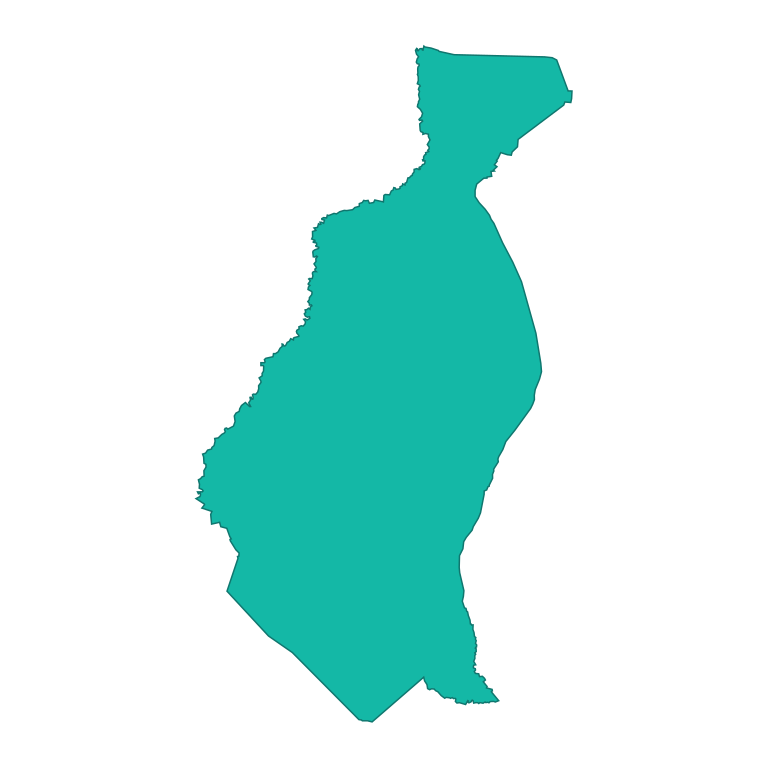 Chuen Chom, Maha Sarakham, Thailand
{"feature_id": "78962969B88411393036982", "entity_name": "Chuen Chom", "entity_type": "district", "adm_level": 2, "iso_a3": "THA", "parent_name": "Thailand", "parent_adm1": "Maha Sarakham", "projection": "albers", "projection_center": [103.14, 16.548], "detail": "fine", "context": "isolated", "style": "filled", "palette": "teal", "viewbox_px": 768, "rotation_deg": 0, "n_neighbors": 0, "source": "geoboundaries", "source_scale": "gbopen_adm2", "svg_char_len": 6089}
<svg xmlns="http://www.w3.org/2000/svg" viewBox="0 0 768 768"><path d="M498.7,700.7L491.5,692.0L491.4,691.4L492.4,690.9L492.1,689.4L486.5,687.9L487.1,686.5L483.3,681.8L485.4,680.0L484.5,678.3L482.4,676.3L479.5,676.6L478.7,673.8L475.4,673.4L474.3,671.5L475.5,670.0L475.3,668.7L473.5,667.9L473.3,667.1L473.7,665.2L475.7,664.8L473.7,661.3L474.9,658.5L474.8,655.5L475.7,654.2L474.8,652.9L476.2,651.6L476.1,648.7L475.3,648.2L475.7,647.3L476.5,647.0L476.7,645.0L475.5,643.4L476.2,640.7L475.4,639.1L475.8,637.5L474.5,636.5L474.0,632.5L472.9,629.4L473.1,624.9L471.6,625.0L471.3,624.2L470.4,623.9L470.0,620.1L468.3,615.5L467.6,611.9L466.7,611.3L466.0,608.4L464.5,607.9L462.3,601.2L463.4,596.3L463.9,590.7L459.7,572.8L459.2,567.4L459.5,555.6L462.9,548.8L463.7,541.7L466.3,537.3L472.1,530.2L473.3,526.6L478.3,518.2L480.5,512.8L484.1,494.4L484.2,491.0L486.7,489.9L487.9,486.8L489.2,486.2L489.3,485.0L492.6,478.3L492.5,474.4L493.8,471.1L493.7,469.1L498.3,461.8L497.9,459.0L498.7,456.7L502.8,449.6L505.8,441.6L514.9,430.2L530.6,408.5L532.8,404.0L534.4,399.6L534.3,395.2L535.2,389.6L539.5,379.1L541.5,371.7L540.8,363.3L535.9,333.2L521.5,281.7L512.8,262.2L502.6,242.8L493.9,223.3L491.1,219.3L489.5,215.3L485.1,209.2L479.2,202.8L475.1,196.6L475.1,190.3L476.7,184.1L482.2,179.5L483.8,178.2L487.0,178.1L487.1,177.0L491.7,176.3L491.0,171.4L494.4,171.0L493.4,170.1L497.0,166.7L494.4,164.8L497.2,161.1L496.4,160.3L498.0,158.5L500.7,152.6L507.3,154.7L511.3,155.2L512.1,152.0L517.5,146.8L518.1,139.4L563.7,105.1L564.9,102.0L570.8,102.5L571.6,98.7L572.0,91.0L568.1,90.9L556.7,60.0L552.2,57.7L544.7,56.9L454.1,54.7L439.1,51.4L438.4,50.5L431.2,48.1L425.0,47.0L423.9,46.1L423.0,50.1L422.4,50.0L421.9,48.6L420.7,48.6L419.7,48.9L418.0,50.8L417.3,50.3L417.3,48.8L416.7,48.4L415.5,50.3L416.5,54.1L418.6,56.8L417.2,58.8L416.3,62.1L417.2,63.7L419.0,64.1L419.2,65.5L418.0,67.0L417.7,69.0L417.9,73.4L417.4,74.3L418.2,76.5L418.3,80.6L417.3,83.7L419.6,85.0L420.2,86.1L419.2,87.0L418.4,89.4L419.5,91.3L418.6,94.8L419.7,99.2L418.4,101.9L418.5,103.3L417.8,104.2L417.4,106.7L420.3,109.3L422.6,113.2L421.5,116.9L419.0,119.4L419.5,120.4L422.0,120.1L422.6,121.1L419.7,123.9L420.2,130.4L420.8,131.6L423.0,132.6L422.9,134.3L425.6,133.5L428.4,134.2L428.4,136.6L430.0,139.9L427.3,144.6L429.1,147.0L429.1,148.8L427.7,150.3L428.7,151.6L425.6,152.7L425.9,154.4L424.6,155.0L423.6,156.8L423.6,159.9L422.6,159.8L422.9,160.9L425.0,160.9L424.9,163.0L424.1,164.2L422.5,164.6L421.5,166.4L419.2,167.3L419.1,168.3L420.3,168.8L420.0,169.4L418.9,169.6L416.8,168.6L414.1,169.4L414.1,171.9L412.3,174.3L412.3,175.4L410.6,176.2L409.5,177.7L407.9,177.9L406.6,182.5L405.1,183.2L405.0,184.9L402.7,183.9L402.3,185.7L400.0,186.8L400.0,188.4L398.7,189.0L396.0,189.4L395.3,188.0L393.8,187.6L393.1,190.0L391.3,191.0L389.6,194.8L385.2,194.5L383.9,195.4L383.4,201.9L374.8,200.0L373.6,202.5L369.4,203.3L368.1,200.4L365.5,200.8L363.7,200.4L362.3,202.5L359.3,203.6L359.3,206.3L354.9,207.5L352.6,209.7L346.8,210.6L344.2,210.4L339.8,211.7L336.5,213.9L334.0,213.4L328.8,215.5L327.3,215.1L326.6,217.9L323.6,217.6L321.8,218.6L321.9,219.5L324.5,220.1L323.6,223.3L321.7,222.3L320.0,222.2L320.8,224.3L319.9,224.6L318.5,223.8L317.5,227.4L314.0,228.0L315.9,230.4L312.5,231.5L312.6,236.8L311.7,239.0L314.9,240.3L315.0,241.2L313.4,241.5L313.3,242.3L316.5,243.0L316.8,245.1L315.8,245.6L315.9,246.3L318.8,247.3L318.5,248.5L314.9,249.8L313.1,251.1L312.8,252.1L313.3,256.8L314.8,257.0L316.6,256.0L317.4,256.6L315.8,258.8L316.0,261.5L314.0,263.9L316.3,267.4L316.1,268.2L314.9,269.1L315.1,270.6L316.2,271.6L313.7,271.6L312.6,272.4L312.4,273.6L312.9,275.8L312.2,278.6L309.3,278.5L308.7,279.0L310.3,280.8L308.2,283.8L308.3,284.5L309.9,285.4L308.4,287.1L308.0,289.5L311.5,291.4L312.1,292.4L311.7,294.7L309.4,297.6L309.3,299.6L307.8,301.6L309.3,303.3L309.4,305.1L311.4,304.9L311.9,305.8L310.3,307.0L310.0,309.3L308.5,308.2L306.9,309.6L305.1,309.9L305.7,312.4L304.3,313.8L305.4,316.1L307.5,317.2L309.5,316.7L309.9,318.3L307.1,320.0L305.3,318.9L303.7,319.3L305.5,321.7L305.1,323.9L303.3,326.1L301.2,325.8L298.9,326.8L299.1,328.9L296.9,330.2L296.4,331.5L296.9,333.2L298.8,335.4L298.8,336.4L294.1,337.6L293.5,338.1L293.4,339.9L290.7,338.7L289.4,341.2L287.1,342.5L286.1,344.8L284.9,346.0L284.0,346.0L283.0,344.3L282.1,344.0L282.2,346.4L280.1,348.2L278.1,351.9L275.5,353.6L273.5,353.6L273.0,356.7L265.8,358.3L264.4,359.6L265.1,361.8L264.5,362.7L260.9,362.7L260.9,365.6L263.3,365.6L263.7,366.4L263.5,371.2L262.1,373.4L262.2,375.8L259.1,377.9L260.9,381.1L261.0,382.4L258.6,385.7L258.7,388.7L257.7,392.1L255.7,394.3L253.3,394.1L252.5,394.8L253.2,397.6L252.8,399.2L252.0,399.2L251.1,397.2L250.0,397.4L250.5,400.1L248.7,402.8L250.6,406.5L249.7,406.6L245.4,402.5L241.5,405.5L239.7,408.8L239.2,411.4L236.0,413.1L234.3,416.0L235.1,421.5L233.5,426.1L227.8,429.1L226.6,428.0L225.1,428.4L224.5,429.7L225.3,431.5L224.5,432.9L221.8,434.4L218.2,437.9L214.7,438.5L215.1,441.1L214.1,445.6L211.9,447.4L211.6,449.0L207.6,450.1L205.6,453.1L202.6,454.1L203.6,456.9L204.0,463.3L205.9,464.3L206.0,467.1L203.9,470.7L204.1,476.2L202.2,476.7L200.5,478.7L198.4,479.8L199.5,484.2L199.2,488.2L202.4,489.7L203.1,490.9L202.3,491.8L197.5,491.9L198.4,493.8L200.3,493.1L200.5,494.9L200.0,496.5L196.0,498.6L204.3,504.0L204.5,504.7L201.9,508.1L211.9,511.4L210.7,514.4L211.6,524.1L219.6,522.3L220.8,526.7L226.8,528.3L229.8,536.6L231.2,538.9L230.0,539.4L230.3,540.8L235.9,549.8L239.1,553.0L238.8,556.2L237.5,556.5L238.0,558.3L227.0,591.2L268.5,636.0L292.3,652.5L358.9,719.6L361.5,720.0L362.3,720.8L367.6,720.8L372.1,721.9L423.7,677.2L424.6,680.9L427.0,684.6L427.6,688.6L429.6,689.7L431.6,688.8L434.3,689.1L435.5,690.6L437.8,691.7L441.2,695.6L444.7,698.2L446.2,697.4L449.7,697.8L450.4,698.3L452.3,697.6L453.5,698.6L455.3,698.4L455.9,699.1L455.4,701.5L456.9,703.0L459.5,702.7L465.6,704.5L467.8,700.6L468.3,700.9L468.0,702.2L468.5,702.7L469.4,702.7L471.4,701.6L471.6,700.5L472.4,700.2L473.1,700.7L473.7,703.1L476.0,702.6L477.8,702.7L478.8,703.5L479.8,702.6L483.1,703.2L485.1,702.0L485.8,702.6L487.6,702.3L489.0,702.8L490.0,701.7L491.1,701.5L493.7,701.4L495.3,702.0L498.7,700.7Z" fill="#14b8a6" stroke="#0f766e" stroke-width="1.5"/></svg>